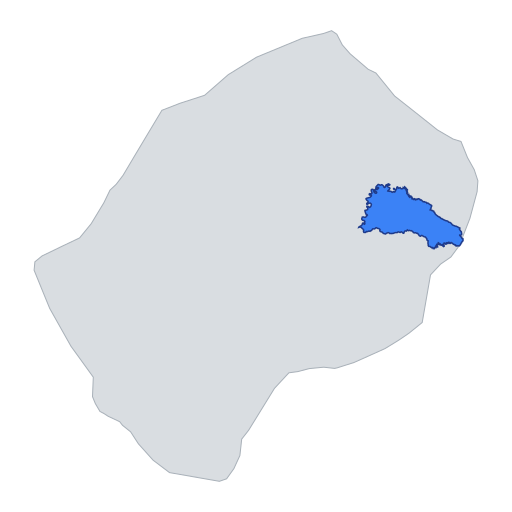 location of Menoaneng, Mokhotlong, Lesotho
{"feature_id": "5366337B74637186434694", "entity_name": "Menoaneng", "entity_type": "district", "adm_level": 2, "iso_a3": "LSO", "parent_name": "Lesotho", "parent_adm1": "Mokhotlong", "projection": "orthographic", "projection_center": [29.096, -29.433], "detail": "fine", "context": "in_parent", "style": "filled", "palette": "blue", "viewbox_px": 512, "rotation_deg": 0, "n_neighbors": 0, "source": "geoboundaries", "source_scale": "gbopen_adm2", "svg_char_len": 7068}
<svg xmlns="http://www.w3.org/2000/svg" viewBox="0 0 512 512"><path d="M354.0,362.5L337.0,367.9L334.6,368.4L323.7,367.2L309.2,368.6L297.8,371.6L288.9,372.8L274.5,388.3L248.6,430.3L241.7,439.1L239.9,455.5L233.9,468.6L226.6,478.8L219.4,481.3L197.5,477.5L169.5,472.6L153.1,460.2L138.4,443.8L130.6,431.8L122.5,425.3L119.7,421.7L108.2,416.3L103.9,413.5L100.0,411.5L95.3,403.5L92.5,396.6L93.3,377.2L85.1,365.8L71.0,346.3L62.0,330.3L49.7,308.4L42.0,289.6L34.1,270.2L34.9,261.8L42.1,255.9L63.2,245.7L79.6,237.9L91.2,223.7L103.9,202.7L110.0,190.1L116.2,184.3L123.0,175.4L134.7,155.7L147.8,133.8L161.9,110.3L179.9,103.3L204.6,95.3L228.2,74.7L256.5,57.2L302.2,38.3L323.5,33.5L331.6,30.7L336.8,34.2L342.3,44.9L350.1,53.8L368.2,69.3L375.9,73.0L394.6,96.0L414.5,111.7L437.4,129.9L453.0,139.0L461.0,141.5L467.5,157.6L474.2,169.6L477.9,180.8L477.1,191.7L469.9,218.4L459.3,245.6L450.9,257.0L440.6,264.1L430.5,274.9L426.7,296.7L422.2,322.5L409.1,333.1L399.0,340.0L385.0,348.6L354.0,362.5Z" fill="#d9dde1" stroke="#a8b0b8" stroke-width="1"/><path d="M461.6,242.8L461.8,242.1L462.2,241.5L463.0,240.8L463.0,239.0L462.9,238.7L462.5,238.8L462.0,238.4L461.1,236.8L459.7,235.4L459.7,235.1L460.5,235.2L461.6,234.7L461.7,234.0L461.3,231.7L461.0,231.5L459.6,229.5L459.4,229.1L459.9,228.1L456.2,226.2L455.5,226.2L452.6,225.0L452.3,224.8L451.3,223.4L450.0,222.4L448.7,222.2L447.7,221.1L445.2,220.5L444.7,220.1L444.1,220.0L443.2,219.4L442.5,219.2L441.9,218.6L441.3,218.7L440.7,218.2L440.3,217.5L439.9,217.3L439.7,217.4L439.2,217.1L439.0,216.7L437.9,216.4L437.5,215.9L436.5,215.2L436.1,214.8L435.5,214.3L435.1,213.7L435.0,213.3L434.7,213.0L434.7,212.8L434.5,212.3L433.8,211.9L433.8,211.6L433.6,211.3L433.6,211.1L432.9,211.0L432.5,210.5L431.6,210.5L430.9,209.9L430.2,209.9L430.3,209.4L430.9,208.8L431.1,207.3L431.7,206.1L431.7,205.7L431.5,205.3L430.3,204.8L430.2,204.6L429.5,204.3L428.5,203.4L427.8,203.0L426.9,203.3L426.7,202.8L426.0,202.2L425.0,202.2L424.5,201.7L423.2,201.8L422.7,201.2L422.3,201.0L421.4,200.0L420.4,200.1L420.0,199.7L420.0,199.4L418.8,198.7L418.1,198.8L417.6,199.4L417.1,199.3L417.0,199.1L416.6,199.2L416.2,199.2L415.9,199.1L415.7,199.4L415.8,199.8L415.3,199.9L414.6,199.2L414.6,198.9L414.4,198.7L414.2,198.8L414.2,199.0L413.8,199.0L413.7,199.4L413.5,199.5L413.0,199.1L412.8,198.8L412.2,198.8L412.4,198.3L411.8,198.1L411.5,197.6L412.0,197.5L412.0,197.3L411.3,197.3L410.8,197.0L411.1,196.4L411.0,196.2L410.7,196.3L410.0,196.9L409.7,196.7L409.5,197.1L408.9,196.4L409.3,196.0L408.9,196.0L408.7,195.8L409.0,195.3L408.2,194.9L408.7,194.4L408.7,194.2L407.5,194.2L406.8,193.5L406.9,193.1L407.5,192.6L407.0,192.1L407.1,191.6L406.7,191.8L406.6,191.4L407.3,191.3L407.4,191.1L407.0,190.7L406.9,190.2L406.2,190.3L406.1,190.0L406.9,189.7L407.2,189.7L407.3,189.5L406.7,189.2L406.3,188.6L405.9,188.9L405.5,188.8L405.6,188.2L405.1,188.1L405.0,187.9L405.3,187.4L404.9,187.2L404.6,186.8L404.2,187.3L404.7,187.8L404.5,188.2L404.9,188.4L404.8,188.5L403.2,187.6L403.2,188.2L402.9,188.5L402.0,188.8L401.0,188.7L400.1,187.6L398.8,188.3L398.4,188.1L398.0,187.3L397.4,186.9L397.2,186.9L396.8,187.5L396.7,188.8L396.1,189.7L395.4,189.5L394.0,188.4L393.6,188.5L393.6,189.0L393.8,189.2L395.1,189.7L395.6,190.3L395.3,191.3L394.9,191.9L394.2,192.1L393.9,191.6L393.5,191.5L392.3,192.3L391.7,192.0L390.9,191.3L389.2,191.3L387.8,191.0L387.9,190.7L389.1,189.7L389.9,188.4L389.8,188.0L389.1,187.4L388.8,187.4L387.8,186.8L387.3,186.3L387.2,185.8L387.6,185.3L389.4,185.2L389.8,184.9L389.8,184.6L388.6,183.9L388.3,183.9L387.2,184.5L386.1,184.9L385.2,187.1L384.6,187.5L384.1,187.3L383.6,186.1L382.3,184.9L381.4,184.7L380.7,185.1L380.0,185.1L378.7,184.5L378.1,184.5L376.1,186.6L375.8,188.3L376.0,188.5L376.5,188.3L376.9,187.8L378.0,187.4L378.5,187.7L378.5,188.4L377.1,189.5L375.2,189.5L374.8,189.7L374.7,190.1L374.8,191.0L376.5,191.9L376.7,192.7L376.3,193.2L375.8,193.3L374.7,192.8L374.0,191.9L373.4,189.9L372.8,189.3L371.7,189.4L371.3,189.8L371.2,190.2L371.3,191.2L371.9,192.7L371.8,193.5L371.3,193.8L369.8,193.6L369.4,193.8L369.2,194.3L369.4,194.9L369.8,195.1L370.7,195.1L371.4,195.4L371.3,196.1L370.1,197.3L366.8,198.2L366.3,198.4L366.0,198.7L366.0,199.0L366.8,200.2L368.1,201.3L368.1,202.1L367.2,203.2L366.8,203.3L366.7,203.6L366.9,204.3L367.0,204.4L367.5,204.2L368.4,203.6L369.3,203.2L370.3,203.1L371.1,203.8L371.4,204.4L371.1,205.7L370.6,206.7L369.7,207.4L369.4,207.4L369.3,207.1L367.8,206.2L366.9,206.3L366.8,206.5L366.8,206.9L367.7,207.9L367.8,209.1L367.6,209.6L367.3,209.7L366.2,210.2L365.1,210.3L364.9,210.7L365.5,212.9L366.0,213.9L366.2,214.7L366.4,215.0L367.1,214.7L367.3,214.9L367.4,215.2L365.7,217.1L365.0,217.4L363.1,216.9L362.2,217.2L362.2,217.5L361.7,218.8L361.8,219.3L362.5,220.2L364.1,220.5L364.6,221.0L364.9,221.7L364.6,221.8L364.5,223.0L364.9,223.6L364.8,223.9L364.6,224.2L364.4,224.3L364.0,224.0L363.7,223.3L363.4,223.1L362.7,223.1L362.4,223.6L362.4,224.3L361.5,225.5L359.5,226.6L358.8,227.1L358.7,227.4L360.0,226.9L361.5,227.6L362.1,228.4L362.9,229.0L363.6,229.8L363.7,230.3L363.4,231.0L363.6,231.7L363.9,232.4L365.3,232.5L365.7,232.3L366.4,231.5L366.8,231.7L367.6,231.6L368.7,231.1L370.1,231.3L370.4,230.8L371.2,230.7L371.6,230.4L372.6,228.9L374.1,228.8L374.7,228.9L375.8,227.8L376.6,227.7L377.3,228.3L378.9,228.6L379.8,229.3L380.0,229.6L379.8,230.7L380.2,231.5L382.3,232.2L383.3,233.4L385.5,234.0L386.0,233.7L386.4,233.2L387.2,233.0L388.0,232.6L388.8,232.7L389.9,233.6L390.9,233.4L391.7,233.6L392.2,233.4L392.9,233.5L395.2,232.6L397.2,232.6L397.9,232.0L398.6,231.9L400.1,232.5L401.2,231.8L401.9,232.1L403.1,233.2L403.6,233.3L403.8,233.2L404.3,231.8L404.7,231.2L405.4,230.9L406.4,231.1L407.3,229.9L408.3,230.7L409.3,230.3L410.3,230.7L411.4,230.7L412.9,231.7L413.3,232.5L414.2,232.9L415.5,232.7L417.0,233.4L417.6,233.3L419.4,235.8L420.1,236.1L420.6,236.2L421.2,235.6L421.8,235.4L422.6,235.8L424.2,236.8L425.5,237.0L426.2,238.1L426.7,238.5L427.0,240.1L428.2,240.9L428.0,241.8L428.0,243.9L428.3,244.6L428.2,245.4L428.6,246.2L428.9,246.4L430.2,246.5L431.0,247.3L431.8,247.5L432.1,248.0L432.3,247.6L432.7,247.5L433.0,247.9L433.6,248.2L434.0,248.8L434.2,248.7L434.1,248.1L434.6,247.7L436.0,247.7L436.1,247.3L435.6,247.4L435.5,247.2L435.5,246.3L435.7,246.0L435.9,246.0L436.0,246.5L436.6,246.5L437.5,247.0L437.7,246.9L437.2,246.0L436.6,245.3L436.6,244.5L436.8,244.3L437.7,244.8L437.9,244.7L437.8,244.1L438.3,242.7L438.7,242.9L438.7,243.3L439.4,243.8L439.1,244.2L439.4,244.7L439.6,244.7L439.8,244.2L440.2,243.9L440.9,244.7L441.0,245.2L441.4,245.2L442.0,244.8L442.4,245.6L443.6,246.6L444.2,246.2L444.1,245.7L443.9,245.0L443.3,244.8L443.2,244.6L443.4,244.4L443.7,244.4L443.5,243.9L444.1,243.5L444.2,243.0L444.8,243.2L445.3,243.6L445.5,244.1L445.9,244.2L446.4,244.0L446.2,243.1L446.7,242.7L447.0,242.7L447.5,243.4L448.0,243.5L448.2,243.3L448.2,242.6L448.8,242.2L449.1,242.3L449.7,243.4L450.1,243.5L450.5,243.3L450.6,242.8L451.1,242.5L451.4,242.8L451.4,243.0L452.3,243.1L453.4,244.3L453.9,244.3L454.7,244.9L455.5,244.9L455.5,245.6L455.7,245.8L456.7,246.0L456.8,245.8L457.6,245.9L458.0,245.7L458.8,245.9L459.5,245.8L460.6,244.4L461.1,243.1L461.6,242.8Z" fill="#3b82f6" stroke="#1e3a8a" stroke-width="1.5"/></svg>